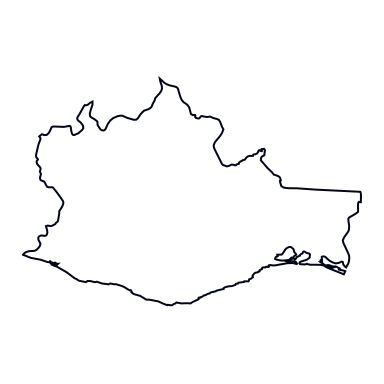 SVG path tracing the border of Oaxaca
{"feature_id": "MEX-2723", "entity_name": "Oaxaca", "entity_type": "State", "adm_level": 1, "iso_a3": "MEX", "parent_name": "Mexico", "parent_adm1": "", "projection": "orthographic", "projection_center": [-96.38, 17.163], "detail": "fine", "context": "isolated", "style": "outline", "palette": "ink", "viewbox_px": 384, "rotation_deg": 0, "n_neighbors": 0, "source": "natural_earth", "source_scale": "10m", "svg_char_len": 5951}
<svg xmlns="http://www.w3.org/2000/svg" viewBox="0 0 384 384"><path d="M343.9,274.3L327.3,267.7L323.7,265.5L320.3,264.8L310.2,264.7L308.3,264.4L307.1,263.8L305.9,264.3L304.4,264.4L301.4,264.3L299.9,264.0L299.4,263.3L299.7,262.4L300.6,261.7L306.8,259.7L309.6,257.7L310.0,254.4L309.2,253.6L306.4,252.8L304.7,251.7L304.1,251.5L303.5,251.6L303.0,251.9L302.6,253.4L301.1,254.0L299.8,255.3L299.9,255.6L296.9,257.0L295.7,258.9L294.7,259.7L293.9,258.4L293.6,257.6L293.7,256.6L294.4,255.9L295.6,255.3L296.2,254.5L295.4,253.3L294.3,252.1L293.6,249.4L293.1,248.8L291.2,247.2L290.4,246.9L288.5,247.2L286.8,248.1L285.4,249.4L282.3,254.1L281.6,254.6L277.3,254.7L277.8,256.0L277.2,256.5L276.3,256.6L275.9,257.0L275.1,258.3L275.2,259.1L276.6,259.6L279.8,260.3L282.3,260.6L286.9,260.2L289.3,259.8L289.9,259.2L291.2,257.8L291.7,257.6L292.2,258.8L290.0,259.9L286.9,260.6L284.8,260.8L287.3,261.5L293.8,261.3L296.0,262.0L297.0,263.7L296.6,264.1L292.9,263.0L287.3,263.2L275.1,265.4L272.4,265.4L270.9,265.1L269.0,265.2L268.6,265.6L269.0,266.6L268.2,267.0L266.2,266.7L265.5,267.4L263.0,267.4L262.0,268.2L261.9,269.2L260.4,269.7L259.5,270.4L259.6,271.2L259.3,271.5L258.3,271.7L257.8,272.3L255.5,272.7L254.3,273.4L252.5,275.8L252.9,277.3L252.1,277.8L251.0,278.7L249.1,279.4L248.9,280.5L248.5,281.3L244.3,281.3L244.0,282.0L238.5,282.7L237.9,283.6L235.9,283.8L235.5,284.8L232.0,286.1L228.9,286.3L225.3,287.1L223.6,288.2L223.6,289.0L220.4,289.7L216.4,290.7L215.7,291.3L210.5,292.5L209.9,293.3L207.4,294.0L205.4,295.2L203.8,295.5L201.9,296.9L201.0,297.0L200.7,297.5L199.9,297.8L199.1,297.5L198.4,298.2L198.5,299.3L192.8,301.9L190.5,303.4L186.8,303.2L181.4,303.4L176.4,302.5L175.3,303.5L173.5,304.2L172.4,305.1L171.0,305.3L167.8,304.8L167.3,305.2L163.1,303.6L158.3,301.4L149.4,299.7L146.4,299.7L140.2,295.9L133.6,294.0L131.6,292.4L131.9,292.1L130.7,290.1L129.7,290.3L127.8,289.3L123.6,286.7L120.3,285.5L116.0,284.2L114.6,284.3L110.2,283.5L108.5,284.3L102.0,283.5L96.9,281.7L94.9,282.2L90.6,281.1L87.5,281.0L85.9,282.1L79.3,280.8L77.9,280.1L76.5,279.0L74.8,278.4L67.0,272.5L64.3,270.9L56.8,266.6L54.2,265.7L51.9,264.7L50.6,263.2L54.8,264.5L57.1,264.8L58.1,263.8L57.0,263.9L55.0,262.6L54.1,263.3L52.6,262.6L51.1,262.2L50.5,261.4L50.1,261.2L49.8,261.7L48.8,262.2L47.4,262.0L40.2,259.6L30.9,257.9L24.7,255.4L23.2,255.0L23.0,254.7L24.3,253.3L25.6,252.3L27.1,251.7L28.9,251.2L34.7,250.8L36.5,249.8L38.4,248.0L39.9,246.0L40.4,243.7L38.3,239.4L38.3,237.7L39.2,236.3L41.1,235.4L44.8,235.9L46.2,235.4L46.4,235.2L46.8,234.6L47.4,232.4L47.1,230.3L46.0,226.1L47.8,225.6L50.8,226.1L51.7,225.9L54.9,224.3L55.3,224.0L55.9,222.9L57.0,222.1L57.7,221.4L58.1,220.4L59.2,213.7L59.2,211.3L62.1,206.7L63.1,204.3L63.4,202.7L63.0,201.1L60.5,197.4L56.2,191.5L52.9,187.5L52.0,187.2L48.9,187.3L47.3,186.9L46.1,185.2L45.1,183.1L44.1,181.5L41.3,180.5L40.4,179.7L40.0,178.2L40.2,176.6L40.7,175.2L40.9,173.8L39.9,171.7L40.4,169.7L40.6,168.6L40.3,167.6L39.8,167.0L37.0,163.9L36.6,161.8L36.8,160.8L37.9,159.6L37.9,159.2L36.2,157.1L36.0,155.4L37.0,150.6L38.4,144.8L40.5,139.0L40.3,137.9L39.2,136.4L41.9,134.2L44.2,135.1L46.7,134.9L48.7,133.1L50.2,130.5L51.2,128.0L51.8,127.1L52.6,126.7L53.5,126.5L63.8,126.9L69.5,125.9L70.3,126.2L70.7,126.9L71.3,131.1L71.9,133.3L72.4,134.3L73.1,134.9L74.3,135.0L77.8,133.5L78.7,133.0L82.3,129.8L83.3,128.3L83.3,127.6L82.8,125.5L82.2,124.5L80.9,122.8L79.9,121.9L78.3,120.7L77.5,119.6L77.2,118.4L77.6,117.0L79.3,114.5L84.0,106.0L84.9,105.0L85.9,105.4L87.7,104.8L90.4,102.6L92.5,101.6L92.5,104.7L90.6,110.4L89.8,113.5L90.0,115.9L90.8,117.0L91.9,117.8L94.3,119.1L96.7,120.9L97.4,121.7L97.6,125.0L100.4,129.3L101.2,129.9L102.2,130.3L103.3,130.5L104.3,130.2L105.1,129.6L105.7,128.7L107.9,123.8L110.3,120.5L113.3,118.0L117.6,116.2L120.9,115.6L122.3,115.7L127.3,117.9L133.9,119.8L136.1,119.7L138.1,118.1L139.5,115.7L141.0,113.7L143.3,111.4L144.3,110.6L148.6,109.1L150.8,107.7L151.7,106.5L152.9,103.5L154.4,100.9L154.9,99.7L155.2,98.2L159.7,93.2L161.2,91.0L162.0,88.7L161.8,86.1L160.2,81.0L159.8,78.7L164.6,83.0L167.1,84.4L169.7,85.4L175.1,86.6L176.7,87.3L177.9,88.5L180.3,96.8L181.7,99.9L183.7,102.3L186.9,104.4L188.6,106.5L189.3,107.7L190.9,113.9L192.7,115.1L194.4,114.9L195.1,115.1L195.4,115.7L195.1,117.0L195.8,117.8L197.6,118.4L198.6,118.5L199.4,118.3L200.7,116.6L201.3,116.1L202.2,116.1L204.7,116.7L207.6,117.0L209.7,116.6L210.4,116.7L213.5,118.1L216.8,118.9L218.9,119.9L220.2,122.0L222.1,127.0L223.4,129.3L222.0,133.0L220.1,136.0L214.9,142.2L213.7,145.3L213.9,147.4L214.7,149.4L221.9,163.8L222.8,164.9L226.9,166.4L229.0,165.8L231.6,164.6L233.2,164.7L235.2,165.4L236.0,165.2L237.0,164.2L238.8,163.9L239.1,162.5L239.3,162.3L243.0,160.1L244.8,159.7L246.7,157.2L248.1,156.3L249.7,155.9L252.9,155.9L252.9,155.3L253.5,154.5L255.6,154.2L257.0,153.5L257.9,152.3L258.6,150.6L259.2,150.2L261.5,151.2L262.0,150.9L261.3,149.6L261.7,149.1L264.1,148.9L264.7,149.6L264.9,150.6L264.3,155.3L261.7,156.7L261.2,157.6L260.8,160.2L267.4,167.9L271.9,172.2L273.8,174.6L277.5,175.8L279.3,176.8L280.2,178.1L280.7,179.9L280.8,180.5L279.9,181.0L279.9,181.3L281.3,186.1L283.7,187.6L288.4,188.2L297.0,188.3L315.5,189.6L360.3,191.8L360.9,193.7L361.0,195.9L360.8,202.2L358.9,201.9L358.1,203.1L358.0,205.2L358.1,211.3L357.8,212.2L353.7,214.9L349.4,217.3L348.5,218.3L348.3,219.8L349.1,225.6L349.2,227.2L348.8,230.2L348.2,231.6L344.2,237.2L342.8,240.3L343.5,243.3L344.2,244.6L348.2,253.3L349.1,255.8L349.3,258.0L349.0,260.9L348.3,263.6L347.7,264.6L346.1,267.4L344.7,266.3L343.7,265.1L343.2,264.1L342.8,262.0L341.7,261.6L338.8,262.9L335.9,263.4L332.8,262.5L329.8,260.9L327.4,258.9L325.7,257.2L324.7,256.6L323.1,256.4L321.8,256.8L321.7,258.0L322.0,259.3L321.9,260.5L321.4,260.5L320.8,260.1L320.5,260.4L320.6,260.8L322.1,261.2L322.1,261.7L321.5,262.0L320.5,262.1L327.1,266.5L331.0,268.1L332.9,267.6L327.4,265.6L327.4,265.1L329.3,265.2L332.2,266.3L333.6,266.5L335.5,266.4L336.2,266.6L339.8,268.5L339.8,269.1L338.8,269.1L338.9,269.6L344.0,270.7L345.3,271.2L343.9,274.3Z" fill="none" stroke="#020617" stroke-width="2"/></svg>